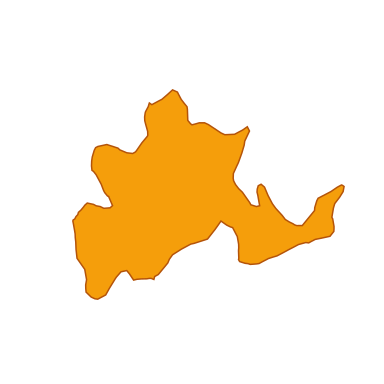 Fayyum, Al Fayyum, Egypt (Robinson projection), rotated 334°
{"feature_id": "37247803B19900063663669", "entity_name": "Fayyum", "entity_type": "district", "adm_level": 2, "iso_a3": "EGY", "parent_name": "Egypt", "parent_adm1": "Al Fayyum", "projection": "robinson", "projection_center": [30.852, 29.314], "detail": "fine", "context": "isolated", "style": "filled", "palette": "amber", "viewbox_px": 384, "rotation_deg": 334, "n_neighbors": 0, "source": "geoboundaries", "source_scale": "gbopen_adm2", "svg_char_len": 2764}
<svg xmlns="http://www.w3.org/2000/svg" viewBox="0 0 384 384"><g transform="rotate(334 192 192)"><path d="M222.7,95.8L219.3,91.7L212.8,93.6L205.6,95.5L201.5,95.6L194.2,95.9L192.7,93.3L191.7,94.3L190.2,96.0L185.4,99.5L184.6,100.4L182.3,103.8L180.8,107.2L180.1,110.5L178.7,118.1L177.4,121.0L177.2,121.5L176.4,122.3L168.4,125.9L160.4,130.4L158.8,131.2L157.2,131.3L155.6,131.4L150.6,128.2L145.6,122.5L144.7,120.1L142.6,118.1L141.3,116.8L139.6,115.2L137.9,113.6L136.3,112.0L127.3,109.8L124.8,109.9L122.4,111.7L117.7,116.8L115.4,120.2L113.1,124.5L111.6,128.7L112.5,130.3L113.4,134.5L113.8,145.3L113.2,151.9L113.3,154.4L114.3,158.6L115.1,159.4L114.6,169.4L113.6,169.7L111.4,170.3L105.6,168.0L103.1,164.8L99.8,162.4L98.1,160.0L93.0,156.0L89.8,156.9L88.2,157.8L84.2,159.6L81.0,160.5L79.4,162.3L77.0,163.2L74.7,164.9L73.0,165.0L72.2,165.8L71.5,168.4L70.8,170.9L69.8,174.4L68.6,178.4L67.1,181.8L65.6,186.0L62.6,192.8L59.6,201.2L61.7,214.5L58.8,224.6L55.7,228.9L54.2,232.2L52.9,235.6L55.3,242.2L57.9,245.4L60.3,247.0L69.3,246.7L75.6,242.3L85.2,236.2L86.8,235.3L93.2,232.6L98.9,234.0L99.9,238.2L100.9,245.6L104.2,246.3L108.3,247.9L113.3,250.2L115.7,250.9L117.4,251.7L119.4,253.9L121.4,251.6L125.5,251.4L129.5,249.6L139.1,245.2L142.2,242.5L147.0,239.9L157.6,238.7L168.1,238.3L171.4,239.1L180.4,240.4L185.3,241.1L195.8,236.0L196.1,235.9L196.4,235.7L201.2,233.1L205.3,230.8L208.7,237.0L211.2,240.2L212.9,241.8L213.0,245.1L213.1,249.3L213.2,251.8L212.5,254.3L211.0,259.4L209.5,262.7L208.6,264.2L208.0,265.3L205.0,272.1L204.2,273.1L204.3,275.4L205.1,276.2L206.8,277.8L208.5,279.4L211.0,281.0L212.6,282.6L218.4,284.9L220.9,285.7L224.9,285.5L229.8,285.4L231.4,285.3L236.3,286.0L240.4,286.7L246.9,286.5L254.2,286.2L259.0,286.1L264.7,285.9L272.1,287.3L274.6,288.9L277.9,288.7L279.4,288.7L279.5,288.7L281.9,288.6L287.6,290.1L296.6,292.3L302.2,289.6L303.4,287.5L304.5,285.3L306.7,277.8L306.6,276.1L312.1,268.4L315.2,265.0L322.4,261.4L328.0,257.9L331.1,253.7L330.2,252.0L329.4,251.2L326.5,251.3L324.5,251.4L317.2,252.5L314.0,252.6L302.6,252.9L300.2,254.7L295.5,259.8L294.0,262.4L276.4,270.5L271.4,268.1L269.8,266.5L268.9,264.9L266.4,261.7L263.8,257.6L263.6,256.6L262.8,252.6L260.1,243.5L259.1,237.8L258.8,228.6L259.3,219.4L257.5,215.3L254.3,215.4L251.9,218.0L250.4,220.6L249.7,223.9L248.2,229.0L246.8,234.0L243.5,233.3L239.3,229.3L239.2,226.8L237.2,214.3L235.4,209.4L234.4,204.5L234.3,200.3L235.0,197.8L237.3,193.5L243.6,188.3L246.0,186.4L246.8,185.7L253.9,178.8L259.4,172.8L261.7,169.4L270.4,162.4L270.3,157.6L264.6,158.5L260.7,158.6L255.6,158.8L246.6,154.9L244.0,151.7L236.3,138.6L233.7,135.4L228.8,133.0L224.7,132.3L221.4,131.6L220.6,130.0L219.6,125.8L224.1,115.7L224.9,113.2L223.9,109.0L222.9,104.1L222.7,98.3L222.7,95.8Z" fill="#f59e0b" stroke="#b45309" stroke-width="1.5"/></g></svg>